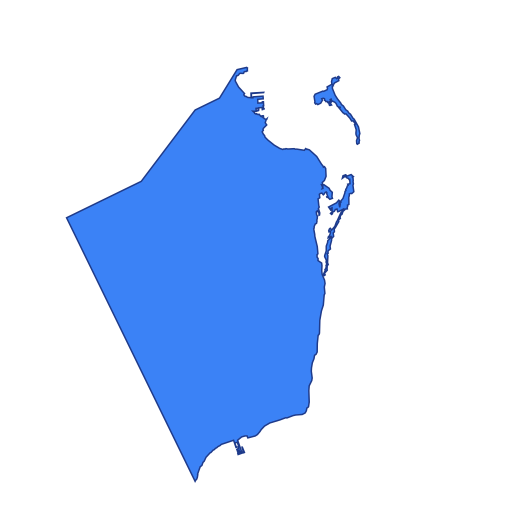 79, Madinat ach Shamal, Qatar, rotated 64°
{"feature_id": "91078587B50341524344212", "entity_name": "79", "entity_type": "district", "adm_level": 2, "iso_a3": "QAT", "parent_name": "Qatar", "parent_adm1": "Madinat ach Shamal", "projection": "mercator", "projection_center": [51.268, 26.112], "detail": "fine", "context": "isolated", "style": "filled", "palette": "blue", "viewbox_px": 512, "rotation_deg": 64, "n_neighbors": 0, "source": "geoboundaries", "source_scale": "gbopen_adm2", "svg_char_len": 6138}
<svg xmlns="http://www.w3.org/2000/svg" viewBox="0 0 512 512"><g transform="rotate(64 256 256)"><path d="M431.8,409.5L431.0,408.4L430.7,407.3L429.3,405.8L426.9,404.1L426.5,404.2L421.0,398.6L420.5,396.4L418.3,394.2L417.7,392.5L415.0,389.2L412.8,383.6L412.8,382.5L411.7,379.8L411.7,378.1L411.1,377.0L411.1,375.3L410.6,373.7L410.6,371.4L410.1,369.8L411.8,356.9L419.3,357.9L419.4,357.3L419.0,357.2L418.8,357.5L414.7,357.0L415.2,354.8L415.7,354.5L419.6,355.0L419.6,355.7L421.2,355.9L421.4,358.0L423.0,358.2L423.0,356.3L424.0,356.4L423.9,358.3L425.1,358.4L425.0,356.1L426.2,356.2L425.5,358.9L426.6,359.1L427.2,353.8L427.5,353.4L427.5,352.5L421.8,352.1L421.7,352.4L426.4,353.2L426.3,354.8L413.5,353.3L412.3,348.2L412.9,344.8L413.8,342.9L415.9,343.1L417.4,335.6L417.1,333.0L415.5,329.4L414.3,327.4L412.6,322.9L412.1,316.8L413.8,306.3L414.4,300.1L415.1,299.2L415.7,292.6L416.3,290.0L418.7,283.9L418.6,280.6L417.2,278.6L415.0,277.0L414.7,275.3L414.4,274.8L410.6,272.2L400.1,267.5L396.0,265.1L392.4,260.5L390.3,259.0L383.8,256.8L380.9,255.2L376.7,252.2L373.7,248.9L370.9,246.9L370.7,245.2L369.1,243.1L361.6,239.3L354.5,234.9L354.2,233.8L353.2,232.8L341.7,226.8L334.1,221.3L329.6,217.0L320.9,211.8L319.9,210.5L313.8,208.2L311.0,206.0L307.8,205.0L301.6,204.6L298.3,203.5L293.5,200.9L291.1,200.1L287.3,202.3L285.5,201.3L283.8,201.6L281.5,200.5L281.2,199.4L274.4,196.8L264.1,194.5L262.2,193.7L256.8,192.2L256.4,191.5L255.0,190.8L253.2,188.7L253.2,187.3L251.4,185.9L250.3,185.6L249.2,184.5L247.0,183.4L245.4,183.4L242.8,182.5L242.2,181.0L245.2,180.6L247.0,181.5L247.0,180.9L245.2,179.8L240.7,179.1L239.7,177.7L238.6,177.6L231.9,175.2L231.6,173.1L228.3,172.0L228.0,170.9L228.3,169.2L230.5,168.7L230.2,167.6L229.2,165.9L229.2,164.8L230.0,164.5L231.1,165.1L234.4,165.4L233.8,165.9L233.8,166.5L234.4,166.5L234.9,165.6L237.4,164.8L237.7,162.0L236.1,161.8L232.2,159.5L229.4,160.6L227.2,160.6L221.7,163.7L221.6,165.0L224.6,166.2L224.5,167.0L223.7,166.0L220.6,165.9L221.2,164.8L219.0,164.2L218.1,161.4L215.1,158.1L207.9,155.0L205.7,155.3L205.7,156.4L205.2,156.2L202.0,156.9L193.2,157.8L184.0,161.5L182.4,163.2L182.5,163.5L181.2,164.2L182.2,166.2L177.8,172.5L177.2,173.9L176.3,174.6L173.8,180.5L172.6,182.0L172.7,183.0L172.0,183.9L172.0,185.2L169.7,187.5L164.4,191.0L157.0,194.5L153.1,195.8L151.6,195.5L149.4,196.0L147.1,196.0L146.2,194.3L145.2,194.2L144.5,193.4L142.9,188.9L140.3,189.3L138.0,187.2L137.9,186.5L137.4,186.0L137.7,187.1L136.1,188.4L135.7,188.3L134.6,189.1L133.6,187.9L133.1,188.0L132.6,189.4L133.1,190.0L132.7,190.4L129.9,191.1L129.9,192.1L128.3,193.2L128.5,193.7L127.2,194.7L126.4,194.5L124.5,195.3L126.0,192.5L126.4,189.9L126.0,189.7L125.2,192.0L123.3,191.3L124.1,189.1L125.3,189.5L125.4,189.3L124.0,188.6L125.2,185.4L127.2,186.2L127.3,185.9L126.9,185.7L127.4,184.3L127.0,184.1L126.7,184.7L124.1,183.7L124.3,183.2L122.7,182.6L122.5,183.1L122.5,182.5L120.6,181.7L120.2,182.7L121.1,183.1L119.4,187.3L115.9,185.8L117.9,180.6L115.4,179.6L111.7,188.8L112.5,189.4L111.8,190.6L107.9,189.0L112.5,177.5L112.3,177.3L107.4,189.1L111.6,191.0L109.8,194.0L108.0,195.1L107.8,195.8L106.2,196.3L105.6,196.2L105.0,195.1L96.5,197.6L90.1,197.9L88.8,197.6L85.5,194.5L85.8,193.6L85.7,192.5L85.0,191.2L84.8,190.2L86.3,187.5L86.3,187.0L85.4,186.1L85.3,185.1L85.9,183.9L85.6,183.2L85.9,182.6L83.5,181.5L82.9,180.8L83.1,181.5L82.4,181.7L80.2,191.3L98.1,219.6L98.1,246.7L138.6,326.4L138.6,409.5L431.8,409.5ZM227.3,133.7L224.5,134.8L224.0,139.8L222.9,139.5L222.3,139.8L222.0,142.6L224.0,144.3L223.4,140.9L225.6,140.1L226.7,139.0L228.4,138.7L228.4,138.2L232.2,139.8L231.7,142.1L232.8,142.1L233.1,143.2L234.7,144.8L235.5,146.2L236.6,146.5L236.9,147.6L238.3,148.5L242.4,152.6L243.8,155.7L244.9,156.0L245.4,157.3L246.5,157.6L249.0,159.4L245.4,158.5L243.2,156.8L242.1,157.1L243.5,160.4L243.8,169.3L247.6,168.7L247.6,168.2L246.0,168.2L246.0,166.5L249.6,168.2L250.4,170.4L251.8,169.8L251.5,168.7L250.4,168.7L250.1,165.9L249.0,164.3L249.3,162.6L252.0,163.2L252.3,162.1L252.1,156.5L252.6,156.5L254.5,161.0L260.0,167.6L260.6,168.7L263.9,172.1L265.8,176.5L263.6,177.1L263.9,178.2L265.2,179.6L266.4,179.8L266.4,178.2L268.0,179.0L269.9,181.0L270.5,182.6L271.3,183.2L271.3,179.9L271.9,179.9L273.8,184.9L275.2,185.7L277.9,188.5L282.3,190.7L285.6,194.0L286.7,194.6L290.6,194.6L292.2,195.7L295.0,196.0L295.0,197.1L296.1,197.4L298.0,198.8L298.3,199.9L299.4,200.2L301.6,202.9L302.7,203.5L303.5,203.2L303.3,202.1L301.6,202.1L300.0,198.2L298.9,197.9L295.5,196.0L295.5,194.9L293.3,194.6L287.3,191.3L285.1,191.0L285.1,189.9L284.0,189.6L282.9,188.8L282.3,186.0L279.6,185.1L275.2,181.3L273.5,180.4L272.4,177.6L269.1,176.5L268.6,174.9L265.8,173.7L265.5,172.6L261.4,166.5L259.8,166.0L259.2,163.7L258.1,163.5L256.5,162.1L256.2,160.4L254.0,158.2L253.4,156.0L252.9,155.4L253.7,153.2L252.6,152.9L251.5,151.8L250.4,151.5L250.4,149.9L243.8,146.8L242.7,145.7L241.1,144.9L241.3,143.2L241.9,142.6L241.1,139.9L235.0,137.9L233.9,136.8L231.7,136.2L231.1,135.7L228.4,134.6L227.3,134.8L227.3,133.7ZM139.1,113.9L136.9,113.0L136.9,111.9L135.7,111.9L135.5,110.3L134.9,109.7L134.7,104.7L133.0,104.2L132.5,102.5L130.8,103.0L130.8,104.2L131.6,104.7L131.9,105.8L130.2,106.4L130.0,109.7L132.4,111.7L134.9,112.5L135.2,118.0L136.8,118.3L137.7,119.1L137.7,123.0L137.1,123.6L136.5,131.9L137.9,133.8L143.4,135.5L144.0,136.1L145.6,135.8L145.6,134.7L147.0,134.1L147.0,130.8L145.1,128.0L143.4,128.0L143.7,126.4L144.6,125.5L145.1,125.5L145.7,126.1L146.2,126.1L146.8,125.5L147.9,125.5L148.4,124.2L149.5,124.2L149.5,121.9L150.4,122.1L150.6,123.6L152.8,123.9L153.1,123.6L153.4,121.9L151.2,122.2L150.6,120.8L150.1,121.1L147.9,120.8L147.9,119.7L149.5,120.0L152.3,117.8L153.9,117.2L157.3,117.2L157.8,116.7L158.9,116.4L158.9,115.3L159.5,115.3L159.5,116.4L165.5,115.0L166.1,114.5L167.2,114.2L167.7,112.8L173.3,111.2L176.6,110.9L177.1,109.5L181.0,108.7L181.0,109.8L186.5,110.6L189.3,112.3L190.9,112.9L194.2,112.9L196.4,115.1L199.2,116.2L200.0,115.9L199.7,113.7L198.6,113.4L197.5,112.3L195.3,111.8L192.6,110.1L191.5,109.0L184.9,107.3L176.0,107.8L174.9,108.4L170.0,108.9L167.8,110.0L166.1,110.0L163.9,111.2L159.5,111.7L157.3,112.8L155.6,112.8L150.6,113.9L146.2,114.4L139.1,113.9Z" fill="#3b82f6" stroke="#1e3a8a" stroke-width="1.5"/></g></svg>